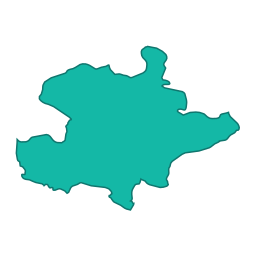 the border of Oberösterreich, rotated 181°
{"feature_id": "AUT-2326", "entity_name": "Oberösterreich", "entity_type": "State", "adm_level": 1, "iso_a3": "AUT", "parent_name": "Austria", "parent_adm1": "", "projection": "natural_earth1", "projection_center": [13.938, 48.12], "detail": "fine", "context": "isolated", "style": "filled", "palette": "teal", "viewbox_px": 256, "rotation_deg": 181, "n_neighbors": 0, "source": "natural_earth", "source_scale": "10m", "svg_char_len": 3895}
<svg xmlns="http://www.w3.org/2000/svg" viewBox="0 0 256 256"><g transform="rotate(181 128 128)"><path d="M209.4,70.2L210.9,68.9L211.1,69.3L212.9,70.7L219.2,71.9L222.4,73.1L225.6,74.5L229.2,74.9L230.9,75.4L232.3,76.4L233.2,77.8L233.4,79.1L233.3,79.6L233.0,79.8L230.7,79.7L230.4,79.8L230.2,80.0L230.1,80.5L230.1,81.6L229.9,82.3L229.9,83.5L230.4,84.7L232.7,87.4L235.1,88.2L235.7,92.2L237.5,93.5L238.0,94.6L239.2,100.9L238.6,111.8L238.6,114.6L237.1,113.1L235.8,112.5L234.7,112.2L229.8,112.4L228.0,113.1L226.5,114.3L225.1,116.1L223.7,117.1L209.5,120.0L207.4,119.5L205.7,118.2L203.0,114.8L201.7,113.6L200.2,112.7L198.5,112.2L194.0,112.1L192.7,113.1L192.1,113.4L191.4,113.9L191.1,114.2L190.9,114.4L190.7,114.7L190.6,115.5L190.0,120.5L189.7,121.6L189.2,122.7L189.0,123.4L189.5,127.0L189.7,127.5L189.9,127.8L190.1,128.2L190.1,128.7L189.5,129.5L188.4,130.6L188.3,130.8L188.2,131.2L188.2,131.8L188.1,132.2L186.7,134.5L186.2,134.9L185.8,135.1L185.0,135.3L184.9,135.9L186.7,137.7L202.7,148.1L208.0,150.3L211.1,151.1L213.3,152.1L215.3,153.5L216.4,154.6L217.1,155.6L217.1,158.0L215.3,160.2L214.0,164.8L213.9,167.8L213.7,169.3L212.1,172.5L205.7,176.8L191.4,181.8L190.3,183.1L189.9,184.0L188.8,184.9L187.1,185.6L184.0,186.4L181.5,187.7L177.0,190.6L174.6,191.3L171.6,191.3L169.6,190.8L167.4,189.9L161.8,186.6L160.9,186.4L159.5,186.7L155.8,188.2L151.0,189.3L149.0,190.5L148.3,190.6L147.8,189.4L147.7,188.4L146.6,186.0L142.1,181.4L137.7,181.9L136.2,181.6L133.5,180.7L130.5,180.3L129.2,179.8L126.8,178.5L125.9,178.4L124.8,178.6L114.1,183.2L112.5,184.4L111.2,185.8L110.6,187.6L110.4,189.1L110.2,191.6L110.3,192.9L110.6,194.2L111.4,195.5L112.5,196.8L113.8,198.0L114.6,199.0L115.5,200.7L115.9,202.8L116.0,204.5L115.6,205.9L115.3,206.4L114.9,206.8L112.4,208.7L112.1,209.2L110.8,209.4L109.9,209.9L100.7,208.3L94.9,205.2L91.4,202.1L90.6,200.3L90.4,198.4L91.0,196.7L92.5,194.5L93.1,193.5L93.4,192.2L93.1,191.1L91.4,188.6L95.1,179.0L94.6,177.9L93.9,176.7L91.4,176.4L89.3,175.7L88.4,175.2L87.8,174.8L87.5,174.3L87.0,173.4L87.2,172.8L87.9,172.3L91.8,172.2L93.4,171.9L94.7,170.6L92.3,168.8L74.3,165.3L72.8,164.4L71.9,163.4L71.5,162.2L70.2,157.6L69.9,155.9L69.8,154.3L70.1,150.7L70.3,149.2L70.7,148.1L71.0,147.5L71.5,147.1L72.2,147.0L74.9,147.7L76.4,147.8L77.8,147.5L78.7,146.6L78.8,145.6L77.9,144.7L77.0,144.2L76.0,143.7L73.0,141.9L66.2,144.6L60.5,145.1L56.7,144.8L52.8,143.6L52.3,143.4L51.8,143.1L48.9,140.5L46.5,139.2L44.0,138.9L39.7,139.1L37.9,139.6L36.7,140.4L35.9,142.4L35.6,142.9L34.4,143.6L29.8,144.7L27.8,145.4L27.5,144.0L26.0,141.2L19.1,134.9L18.1,133.7L17.3,132.1L16.8,130.5L17.0,128.8L17.6,127.9L18.2,127.7L18.9,127.7L19.5,127.5L20.9,125.6L21.3,125.1L25.3,122.8L26.6,121.5L28.4,119.1L29.3,118.2L30.8,117.5L36.3,116.6L36.2,116.3L37.7,115.3L41.0,113.7L44.7,110.7L46.3,109.7L56.6,106.3L70.3,104.2L73.6,102.6L83.3,95.4L84.7,93.5L85.3,90.8L85.5,90.1L85.9,89.5L86.4,88.6L86.6,87.3L86.4,83.7L86.6,82.5L87.1,81.4L88.4,79.0L88.7,77.7L88.5,76.6L87.6,75.4L87.2,73.1L86.9,72.6L86.8,72.1L87.4,71.2L88.3,70.5L91.5,69.5L94.8,69.1L105.1,71.6L106.8,72.3L108.4,73.4L110.0,75.3L114.0,76.9L114.2,77.1L115.1,73.7L116.0,72.3L116.3,72.3L118.4,72.0L119.1,71.8L120.0,71.1L120.4,70.5L122.1,67.4L122.8,65.7L123.1,63.9L123.1,61.7L122.6,57.7L122.9,56.2L124.2,55.1L123.0,54.6L122.5,54.2L121.4,52.4L120.9,52.6L121.1,51.4L124.1,46.1L128.1,47.0L130.0,47.9L131.8,49.1L133.9,50.6L140.6,53.7L141.5,54.5L143.1,56.6L143.8,57.7L144.3,58.1L144.9,58.3L145.5,58.7L145.8,59.4L145.6,60.2L145.2,60.3L144.7,60.3L144.4,60.5L143.7,61.6L143.1,61.8L143.0,62.2L143.4,63.9L143.9,64.6L145.6,66.4L146.4,67.0L149.8,68.2L163.8,69.6L173.7,72.5L174.6,72.4L175.4,72.1L177.4,70.8L182.6,68.9L184.1,67.5L186.3,62.6L187.8,61.7L190.2,64.1L194.1,65.8L195.3,66.1L196.8,65.8L199.7,64.6L201.3,64.5L201.9,64.9L202.0,65.8L202.0,66.6L202.4,67.1L203.1,67.2L204.6,66.8L205.3,66.9L206.4,68.1L206.9,69.3L207.7,70.1L209.4,70.2Z" fill="#14b8a6" stroke="#0f766e" stroke-width="1.5"/></g></svg>